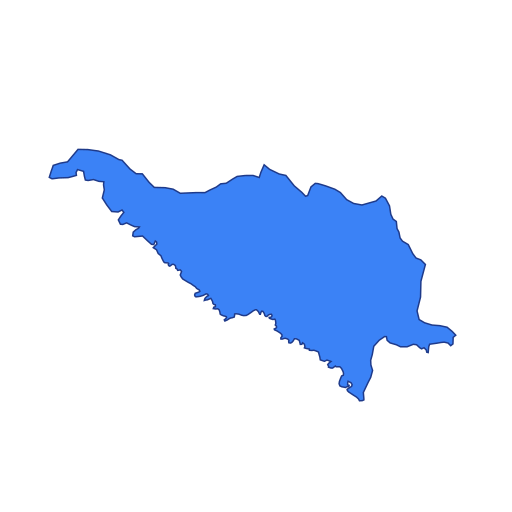 the district of Jaedae, Sinoe, Liberia, rotated 62°
{"feature_id": "62588387B27805419534049", "entity_name": "Jaedae", "entity_type": "district", "adm_level": 2, "iso_a3": "LBR", "parent_name": "Liberia", "parent_adm1": "Sinoe", "projection": "natural_earth1", "projection_center": [-8.506, 5.086], "detail": "fine", "context": "isolated", "style": "filled", "palette": "blue", "viewbox_px": 512, "rotation_deg": 62, "n_neighbors": 0, "source": "geoboundaries", "source_scale": "gbopen_adm2", "svg_char_len": 4662}
<svg xmlns="http://www.w3.org/2000/svg" viewBox="0 0 512 512"><g transform="rotate(62 256 256)"><path d="M418.6,117.1L414.7,118.2L408.6,120.7L403.8,126.4L399.6,133.0L394.1,138.5L388.7,141.8L380.1,139.6L369.5,130.0L355.8,122.3L348.9,115.9L343.0,110.4L336.8,112.3L333.0,115.6L331.5,115.9L327.4,116.5L317.4,116.2L311.7,119.7L307.7,120.3L302.0,118.6L298.0,118.6L291.4,115.9L287.7,117.7L282.5,117.4L274.4,114.6L265.7,114.6L262.1,116.8L263.8,124.2L260.7,138.5L255.5,145.1L254.6,145.7L248.8,149.5L239.6,151.7L234.1,155.0L226.8,161.6L223.8,164.6L221.1,167.4L219.7,169.6L220.8,175.0L226.9,182.0L226.5,184.2L221.2,185.7L212.1,189.3L198.9,191.8L194.5,197.0L185.9,203.3L179.3,206.0L184.4,212.4L188.2,216.3L183.5,220.8L179.9,227.7L176.9,235.3L177.1,240.5L177.8,248.1L175.7,253.3L176.5,258.7L176.1,265.9L176.1,271.3L171.9,279.1L171.4,280.2L166.8,289.8L165.1,293.4L158.1,297.8L153.0,304.2L147.7,313.6L140.9,315.8L130.1,317.8L129.5,318.9L127.1,323.2L120.1,326.4L108.6,329.3L106.5,331.8L98.4,337.0L89.3,345.9L87.3,348.7L83.1,354.5L78.3,363.1L81.7,371.5L84.4,378.2L83.0,382.5L82.1,385.3L80.8,392.5L83.0,394.8L84.6,396.6L89.5,401.6L92.0,399.9L92.3,399.3L94.6,393.2L98.6,385.1L99.6,380.9L100.5,376.7L97.8,375.7L95.9,373.0L100.3,368.5L104.8,370.0L108.8,371.0L110.5,368.8L112.2,363.6L116.3,359.7L119.0,355.5L121.6,357.2L126.4,358.9L132.7,364.5L133.3,364.4L140.8,363.8L149.0,362.5L152.4,357.1L152.5,352.7L155.4,352.2L157.3,356.6L159.5,360.6L164.3,360.8L165.6,358.8L166.0,354.7L169.9,351.9L173.0,349.5L175.6,345.3L176.4,346.8L176.4,349.7L177.3,353.2L180.3,355.4L182.0,354.2L185.1,346.8L191.7,344.6L196.6,342.8L197.9,340.9L195.5,337.9L197.0,337.2L198.9,337.9L200.4,342.8L203.8,340.9L207.9,341.2L210.2,340.2L211.4,339.8L213.2,340.1L215.8,340.2L218.0,340.2L219.1,339.7L220.7,337.1L221.1,336.8L221.6,336.6L222.4,337.5L223.5,337.6L224.5,336.9L224.3,335.3L224.0,334.0L224.7,332.6L226.6,331.7L228.7,332.3L229.2,332.6L230.4,331.8L231.9,331.9L232.2,331.2L232.7,329.4L233.5,329.2L234.7,329.0L235.9,330.3L237.2,331.8L239.3,331.9L241.9,331.5L245.4,329.4L247.4,328.2L250.0,326.4L252.7,325.1L254.6,324.0L256.8,323.6L259.4,322.0L260.8,322.1L261.0,323.3L260.7,325.4L260.4,327.2L261.6,328.5L263.1,328.7L263.9,328.2L264.8,325.9L265.4,324.1L266.0,321.1L266.0,317.8L267.1,316.6L268.6,316.6L268.6,318.3L269.2,320.4L269.9,321.5L271.0,322.5L271.3,321.0L271.9,319.4L272.1,317.1L272.2,315.8L273.1,315.7L275.7,315.7L277.7,316.3L278.8,316.0L280.0,314.8L281.7,315.6L281.4,317.3L282.4,318.4L283.8,316.6L284.6,314.6L286.2,313.8L288.5,314.2L290.5,314.9L291.7,314.3L293.7,312.7L294.4,311.8L295.6,310.7L296.3,310.7L297.0,311.8L297.5,314.0L298.8,314.0L299.0,311.3L298.8,309.5L298.8,307.6L299.3,306.2L299.7,303.9L298.4,302.8L297.2,302.1L297.6,300.8L299.3,298.4L301.6,296.4L302.9,294.8L303.9,292.5L303.9,290.5L303.5,286.8L303.1,284.1L303.2,281.7L303.7,280.8L305.5,280.2L306.5,280.0L309.1,280.1L309.5,279.5L308.1,278.2L307.4,276.9L308.1,275.9L310.6,275.7L312.7,276.1L313.9,275.7L314.5,274.8L313.9,272.8L314.0,271.4L314.6,269.8L315.9,269.7L316.8,270.5L317.0,271.8L316.4,273.2L317.3,273.4L318.7,272.2L320.0,270.9L320.6,269.0L321.4,268.9L323.3,269.5L324.8,270.1L326.0,271.4L327.5,270.9L328.6,271.3L329.1,272.3L329.0,274.2L329.9,274.3L331.8,272.8L333.3,271.9L335.7,270.6L337.6,270.1L339.1,270.7L339.9,272.5L341.0,273.0L341.7,271.8L342.0,269.8L342.6,268.5L344.2,267.0L345.9,266.5L347.0,267.4L348.1,267.7L349.1,266.3L349.1,264.9L348.5,263.2L347.1,260.9L347.7,259.9L348.1,259.2L350.8,257.4L354.2,258.2L354.8,258.4L355.5,257.0L354.5,255.6L356.6,254.7L358.9,255.3L359.8,256.4L360.9,255.4L361.3,255.0L363.2,252.6L364.3,253.1L365.6,251.1L366.4,249.1L368.0,247.6L370.1,245.9L372.1,246.4L375.3,247.1L377.9,248.0L379.4,246.6L381.1,245.0L381.2,242.2L384.3,239.3L384.9,242.3L385.6,243.7L387.5,243.7L388.2,244.2L390.1,242.4L390.9,240.9L390.4,237.6L391.5,237.2L393.1,234.0L395.4,233.3L399.2,233.4L400.9,233.9L402.3,234.9L402.1,236.7L403.7,238.7L405.9,241.2L407.8,242.6L410.1,242.9L411.8,241.6L413.1,239.9L414.1,238.8L414.1,237.5L414.7,235.3L413.9,234.5L412.8,235.6L410.9,234.5L409.8,233.5L412.5,231.6L414.7,231.5L416.0,232.8L416.2,235.6L416.5,238.2L417.9,238.5L419.8,237.9L424.2,235.5L427.7,233.5L430.3,232.6L432.4,232.6L433.6,230.1L433.7,228.3L432.3,227.6L426.9,225.3L420.2,216.3L417.0,211.7L411.8,206.8L406.1,205.7L401.9,203.7L397.6,199.6L391.0,194.4L388.2,186.7L387.5,180.3L388.4,178.7L392.0,179.8L395.7,178.4L400.3,173.7L404.0,171.0L407.1,165.2L407.8,158.6L409.7,155.9L413.8,154.5L415.7,153.4L415.9,150.7L419.0,149.8L421.1,150.4L422.1,149.3L417.1,146.0L415.4,144.1L417.8,137.5L419.2,133.3L420.4,130.3L423.0,127.3L426.6,126.2L426.1,123.4L420.4,120.1L419.7,116.8L418.6,117.1Z" fill="#3b82f6" stroke="#1e3a8a" stroke-width="1.5"/></g></svg>